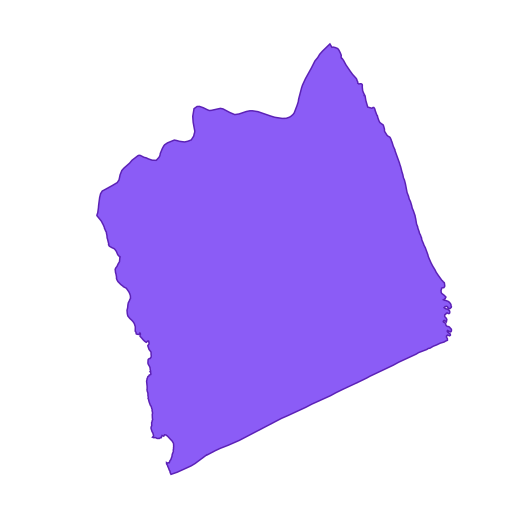 outline of Bignona, Ziguinchor, Senegal, rotated 154°
{"feature_id": "50182788B19391387689457", "entity_name": "Bignona", "entity_type": "district", "adm_level": 2, "iso_a3": "SEN", "parent_name": "Senegal", "parent_adm1": "Ziguinchor", "projection": "equal_earth", "projection_center": [-16.329, 12.862], "detail": "fine", "context": "isolated", "style": "filled", "palette": "violet", "viewbox_px": 512, "rotation_deg": 154, "n_neighbors": 0, "source": "geoboundaries", "source_scale": "gbopen_adm2", "svg_char_len": 6019}
<svg xmlns="http://www.w3.org/2000/svg" viewBox="0 0 512 512"><g transform="rotate(154 256 256)"><path d="M395.5,245.3L397.5,241.4L397.3,239.9L397.8,238.6L397.4,238.0L396.0,237.0L395.2,236.9L394.1,237.7L393.9,237.2L394.2,236.3L394.7,235.9L395.4,234.7L394.5,231.6L394.3,230.6L393.5,228.3L392.5,226.5L392.3,226.5L390.6,227.0L390.0,226.8L389.8,226.4L390.1,225.6L390.3,224.5L390.7,223.9L392.4,223.0L392.6,222.8L393.1,218.9L392.5,215.9L392.7,215.0L393.3,213.9L393.9,212.2L394.5,211.2L396.0,210.3L396.8,210.6L397.9,210.4L398.5,210.0L400.1,207.1L400.3,205.9L400.1,203.7L400.2,202.0L400.9,200.2L401.2,198.6L401.5,198.3L401.9,198.4L401.8,197.4L402.2,196.0L402.6,195.6L404.1,195.8L405.1,195.0L405.5,195.1L406.2,194.9L406.9,194.1L407.8,193.4L408.1,192.8L409.2,191.5L411.1,186.3L412.3,183.9L412.5,183.8L413.0,182.3L413.2,180.5L413.6,179.3L414.2,178.2L414.8,176.1L415.5,175.2L415.4,174.3L415.8,172.9L416.1,171.1L416.4,167.8L416.1,166.9L416.6,164.5L416.6,163.5L417.3,162.4L417.2,162.2L417.6,160.8L418.1,159.7L418.7,159.1L420.2,155.7L420.6,154.3L421.5,153.5L422.1,152.6L422.8,152.1L424.1,149.2L425.3,148.2L425.9,147.1L426.4,144.0L426.3,142.0L426.7,140.0L427.0,139.1L428.5,138.5L427.7,137.6L425.9,136.8L424.8,135.3L422.6,134.3L421.1,134.7L420.7,134.3L419.1,135.9L417.9,134.5L416.6,135.4L415.3,134.5L414.4,132.6L413.0,127.9L412.6,127.0L412.3,124.5L412.4,123.4L413.6,120.7L414.4,119.5L414.7,118.6L415.4,118.0L415.9,116.6L418.2,114.5L419.4,112.7L422.1,110.1L422.9,109.9L424.6,108.2L425.5,108.7L426.5,108.6L427.0,109.5L427.5,108.4L427.3,106.3L427.6,105.4L427.5,104.5L427.8,101.5L427.6,100.2L427.9,99.8L428.1,98.8L428.1,97.0L421.6,96.2L406.3,95.8L401.7,96.2L387.4,98.9L387.4,98.6L377.9,98.9L372.3,98.8L364.0,98.1L351.9,97.6L304.2,98.9L297.3,98.6L277.6,98.2L270.7,98.4L250.2,97.8L244.1,98.1L235.7,98.1L218.3,97.8L209.7,97.8L206.5,98.0L180.6,97.7L174.3,98.0L155.1,97.6L152.1,97.9L143.4,97.1L141.8,97.4L140.0,96.9L136.2,97.2L132.6,96.9L128.7,96.9L124.5,96.2L123.1,96.4L120.9,96.3L120.2,97.8L120.4,99.5L120.2,100.0L119.9,100.1L119.7,100.7L118.5,101.0L117.0,99.4L116.0,99.6L115.6,100.6L117.1,103.6L117.1,104.7L116.5,105.1L115.7,104.1L115.6,103.6L114.7,103.0L114.3,102.4L113.4,102.8L112.9,103.5L112.5,104.5L113.3,107.3L113.8,108.1L115.0,108.9L115.6,110.1L115.3,113.0L116.1,114.2L116.3,114.2L116.5,114.7L116.4,115.1L115.4,115.7L115.0,115.6L114.2,114.3L113.8,113.8L113.5,113.9L113.5,113.7L112.3,115.3L112.3,116.8L112.7,117.7L112.9,119.1L112.0,120.5L110.8,120.6L110.4,121.0L109.2,121.1L108.3,119.9L107.5,119.6L106.9,119.9L106.3,120.8L106.1,122.2L106.7,123.1L106.9,123.9L108.8,125.6L109.6,127.1L108.0,127.7L107.5,127.3L106.6,127.2L106.1,126.5L106.2,125.4L105.8,124.7L105.4,124.1L104.8,123.7L103.1,124.2L102.6,124.7L102.5,125.8L102.1,126.8L102.1,127.7L102.5,129.8L102.9,130.2L103.3,131.2L104.0,131.8L105.0,132.9L105.8,133.5L106.2,133.6L106.2,134.1L106.6,134.5L105.6,134.6L105.0,134.9L104.5,134.8L104.0,135.4L103.3,135.8L104.0,138.0L105.4,140.8L105.6,141.9L105.3,142.5L104.9,143.9L104.2,144.4L103.3,145.7L102.4,145.7L101.1,145.2L99.9,145.8L99.4,146.5L98.5,149.2L98.5,149.7L99.1,150.8L99.2,151.8L99.6,152.5L100.7,158.9L101.2,162.4L101.2,165.5L101.4,166.8L101.4,167.8L101.6,169.0L101.7,173.2L101.5,178.2L101.3,180.5L101.0,181.6L100.2,189.2L100.3,192.1L100.1,193.5L99.9,197.6L99.6,198.9L99.3,199.5L99.2,201.5L99.0,202.7L99.1,204.7L98.7,206.5L98.3,210.1L97.9,211.4L97.7,214.3L96.2,219.3L95.7,221.5L95.4,222.3L94.7,227.9L94.6,230.5L94.0,233.0L93.3,237.3L93.3,240.1L92.7,242.9L92.4,246.8L90.1,255.3L89.3,259.2L89.2,261.7L88.4,264.7L87.9,268.0L86.9,272.7L86.6,275.2L86.3,276.7L85.0,288.8L84.9,289.8L84.6,290.4L84.5,294.4L83.8,298.9L83.8,300.1L83.6,300.8L83.5,303.3L83.7,304.3L84.9,306.0L85.3,307.0L85.8,311.8L84.9,313.8L84.3,317.1L84.3,318.3L85.2,319.7L86.2,321.8L86.2,324.0L85.8,327.3L85.4,328.9L85.6,329.3L85.5,330.9L85.1,334.7L84.8,335.7L84.8,336.8L85.0,337.8L85.6,338.2L87.1,338.0L90.3,340.9L89.1,347.7L87.8,352.0L87.8,352.5L88.3,352.8L88.0,353.0L87.8,353.5L87.9,354.8L87.7,357.7L86.4,361.3L85.6,362.8L85.4,363.4L85.5,364.0L86.0,364.7L86.9,365.2L88.1,365.5L88.8,366.7L88.4,367.4L88.2,368.3L88.3,369.8L88.1,370.1L88.0,370.9L88.2,372.1L89.6,376.9L90.3,380.8L91.4,388.4L91.6,393.5L92.0,395.9L92.5,396.1L92.3,397.5L91.4,399.0L91.2,401.4L91.2,404.6L91.6,406.6L93.2,408.4L94.8,409.8L96.3,410.3L96.6,414.2L106.4,411.0L110.3,409.4L113.5,407.3L117.5,405.5L123.8,400.7L133.8,393.7L139.2,389.3L141.2,387.3L149.0,378.2L150.4,376.1L153.1,373.3L158.9,367.9L160.6,367.0L163.1,366.3L165.0,366.1L168.5,366.5L172.2,368.2L178.4,372.5L181.5,375.4L191.0,384.9L195.6,388.1L197.9,389.2L201.3,390.1L209.0,391.1L213.1,392.4L216.6,396.4L221.2,402.7L223.3,404.3L232.4,406.5L234.3,407.3L235.7,408.9L238.4,412.4L241.2,415.2L243.4,416.2L247.1,415.6L251.6,409.3L253.0,405.9L253.9,403.6L256.3,395.0L257.5,393.3L258.0,392.9L259.4,391.1L263.3,388.7L266.8,389.0L270.2,389.8L274.6,392.7L276.6,394.5L278.6,396.0L286.0,396.5L289.4,396.0L290.6,395.4L292.9,393.8L297.0,390.2L297.9,388.9L299.0,387.8L300.2,387.1L303.7,385.7L307.3,387.6L310.2,390.5L311.5,392.2L313.4,393.8L315.9,397.1L317.0,397.8L318.2,397.9L325.5,396.4L328.8,394.9L336.1,392.9L339.1,391.7L342.5,388.6L345.7,384.5L348.5,382.8L354.6,382.3L365.7,381.8L368.4,380.1L370.9,377.1L375.2,370.6L376.5,368.4L379.3,364.2L380.8,362.8L381.3,362.0L379.8,355.5L379.7,354.4L379.7,352.2L379.6,351.4L379.7,349.5L379.7,348.6L380.1,347.0L380.0,346.1L380.2,344.6L380.0,343.1L380.3,342.5L381.1,339.4L381.6,338.3L382.0,336.9L382.0,336.4L382.8,332.8L383.1,331.2L383.6,330.8L383.5,329.1L381.8,326.6L380.3,324.8L379.9,323.7L379.5,321.3L379.7,317.7L379.1,315.8L378.9,314.8L378.6,314.8L378.7,314.5L379.2,314.0L381.2,310.7L383.3,309.4L385.6,307.5L387.0,306.9L388.4,305.8L389.5,302.8L389.8,301.0L390.6,298.2L391.2,297.1L391.4,295.7L391.3,293.5L390.0,289.6L388.7,287.0L388.7,286.6L386.7,283.9L386.0,279.6L386.0,277.6L386.3,275.4L387.4,272.9L388.4,272.3L389.3,271.4L391.3,269.9L392.5,268.3L394.1,265.7L395.7,263.8L397.0,260.5L397.5,258.3L396.8,255.2L395.9,252.9L395.3,251.0L395.0,248.6L395.5,245.3Z" fill="#8b5cf6" stroke="#5b21b6" stroke-width="1.5"/></g></svg>